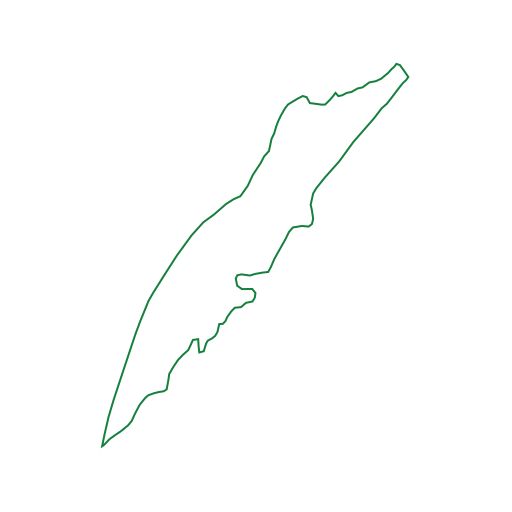 outline of Dorotea, Västerbotten, Sweden, rotated 278°
{"feature_id": "70781695B84383625110676", "entity_name": "Dorotea", "entity_type": "district", "adm_level": 2, "iso_a3": "SWE", "parent_name": "Sweden", "parent_adm1": "Västerbotten", "projection": "robinson", "projection_center": [15.922, 64.466], "detail": "fine", "context": "isolated", "style": "outline", "palette": "green", "viewbox_px": 512, "rotation_deg": 278, "n_neighbors": 0, "source": "geoboundaries", "source_scale": "gbopen_adm2", "svg_char_len": 1798}
<svg xmlns="http://www.w3.org/2000/svg" viewBox="0 0 512 512"><g transform="rotate(278 256 256)"><path d="M454.5,381.9L460.6,376.3L465.1,371.9L465.8,368.3L462.7,366.6L459.9,364.2L455.7,361.4L449.0,355.3L445.8,350.3L443.7,344.1L437.8,338.0L436.0,333.2L431.8,327.8L430.0,322.9L427.2,319.1L425.8,315.3L428.6,312.1L424.7,309.9L421.0,307.5L415.6,303.4L415.0,299.7L415.0,292.8L414.9,288.1L420.3,284.1L420.6,282.4L420.9,280.0L417.6,275.3L410.5,266.6L406.1,264.1L399.1,261.3L392.6,259.2L386.6,257.9L380.1,257.0L374.2,255.1L361.7,254.2L355.8,250.2L348.7,247.7L335.7,241.5L324.4,238.1L313.0,232.2L309.1,225.9L303.2,219.0L291.1,208.5L282.1,199.2L267.6,189.4L245.5,177.6L225.5,168.4L205.5,159.4L196.5,155.8L175.5,150.5L162.4,147.6L147.9,144.9L123.2,140.4L110.1,138.0L92.9,134.9L76.0,132.4L57.8,130.8L46.2,130.1L47.4,131.5L54.3,136.5L59.2,141.6L63.3,146.2L70.5,152.9L75.4,155.9L83.0,158.1L92.6,161.6L100.1,166.1L103.2,168.9L105.8,173.9L107.7,178.5L109.2,183.5L111.5,186.1L121.0,186.5L127.1,186.5L134.7,189.6L142.3,193.3L148.0,197.4L153.4,202.0L159.5,203.9L164.1,205.2L165.6,210.3L158.3,211.8L152.6,213.3L154.4,217.5L162.5,218.8L165.5,220.1L168.2,223.8L171.2,226.7L175.4,228.4L183.5,229.1L184.2,232.6L187.3,234.8L191.8,236.1L198.0,239.4L201.8,242.2L203.3,248.3L208.2,252.5L210.5,258.9L214.7,260.6L219.3,260.6L222.8,256.9L221.3,246.6L224.0,241.5L230.9,239.1L234.3,240.2L235.8,244.2L235.8,252.7L238.1,257.6L240.4,264.6L241.9,270.3L247.3,272.3L255.3,274.5L261.1,276.7L269.5,280.0L277.5,283.1L284.4,285.3L289.4,288.6L292.1,297.2L292.5,304.1L295.6,307.0L300.9,307.4L309.0,305.0L314.4,303.0L325.9,303.9L331.6,306.3L343.2,313.2L361.2,325.2L382.4,336.5L408.6,353.6L419.8,359.9L425.2,364.6L425.5,364.7L431.0,367.9L439.9,372.8L447.6,377.3L451.1,380.2L454.5,381.9Z" fill="none" stroke="#15803d" stroke-width="2"/></g></svg>